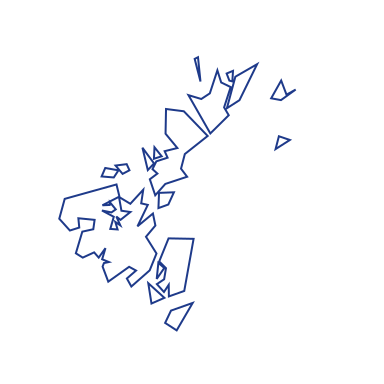 Kota Batam, Kepulauan Riau, Indonesia (Albers equal-area conic projection), rotated 249°
{"feature_id": "22746128B16651418017337", "entity_name": "Kota Batam", "entity_type": "district", "adm_level": 2, "iso_a3": "IDN", "parent_name": "Indonesia", "parent_adm1": "Kepulauan Riau", "projection": "albers", "projection_center": [104.04, 0.834], "detail": "medium", "context": "isolated", "style": "outline", "palette": "blue", "viewbox_px": 384, "rotation_deg": 249, "n_neighbors": 0, "source": "geoboundaries", "source_scale": "gbopen_adm2", "svg_char_len": 1960}
<svg xmlns="http://www.w3.org/2000/svg" viewBox="0 0 384 384"><g transform="rotate(249 192 192)"><path d="M179.5,128.8L195.8,146.1L199.6,140.5L211.6,147.3L203.1,130.2L213.0,122.5L226.1,124.2L231.2,70.7L214.6,58.5L199.8,64.2L199.2,74.0L208.2,76.5L200.9,91.1L192.6,86.5L194.3,75.4L176.4,61.6L169.9,66.5L170.7,79.0L164.2,81.4L170.6,91.1L161.4,84.0L156.4,89.3L157.2,84.3L154.4,81.8L138.3,81.7L144.7,106.5L138.7,111.6L134.6,100.2L125.5,101.5L134.0,124.4L147.3,136.8L166.7,133.0L173.8,145.8L185.9,147.8L179.5,128.8ZM186.8,102.5L196.9,110.1L207.0,101.3L201.8,109.5L203.1,114.6L212.1,111.6L209.4,110.5L211.7,103.6L213.7,122.1L199.8,119.4L195.4,127.3L191.6,115.3L196.2,112.6L186.6,113.1L191.5,109.7L183.7,109.1L186.8,102.5ZM219.0,157.2L202.1,156.5L209.1,170.0L208.0,192.9L217.7,190.1L230.0,198.9L238.7,226.7L270.3,213.3L278.8,197.5L255.9,188.2L238.3,194.1L239.9,181.1L232.8,181.5L233.4,169.7L227.5,163.3L221.6,166.3L219.0,157.2ZM118.6,126.2L108.7,130.0L113.7,137.0L102.8,133.0L102.4,149.3L147.7,176.7L157.1,153.5L138.9,136.5L130.2,140.4L120.5,134.7L118.6,126.2ZM283.7,223.4L240.1,230.1L250.5,253.8L259.5,252.3L276.1,265.7L283.8,258.5L296.5,259.3L277.7,244.0L275.5,234.0L283.7,223.4ZM257.7,254.6L260.7,269.2L288.0,298.6L284.1,273.8L257.7,254.6ZM79.4,120.0L68.3,128.1L88.2,152.9L88.8,129.9L79.4,120.0ZM122.5,118.5L102.4,114.2L103.1,128.3L122.5,118.5ZM203.0,160.9L189.0,154.9L188.8,165.4L198.2,175.0L203.0,160.9ZM251.1,299.5L245.9,308.0L250.5,325.5L249.0,315.1L264.1,315.2L251.1,299.5ZM251.1,161.6L228.3,158.6L232.3,166.8L251.1,161.6ZM238.9,113.2L233.6,124.2L238.6,131.1L245.5,119.6L238.9,113.2ZM247.2,173.0L236.7,168.4L236.2,176.5L247.2,173.0ZM244.1,130.1L233.8,133.7L234.7,141.4L241.4,141.0L244.1,130.1ZM137.9,135.2L123.5,127.9L131.0,138.9L137.9,135.2ZM315.3,242.2L292.1,239.5L315.7,245.9L315.3,242.2ZM212.9,293.1L202.1,285.4L205.5,302.0L212.9,293.1ZM290.2,266.8L282.6,266.8L280.8,269.3L290.4,273.7L290.2,266.8Z" fill="none" stroke="#1e3a8a" stroke-width="2"/></g></svg>